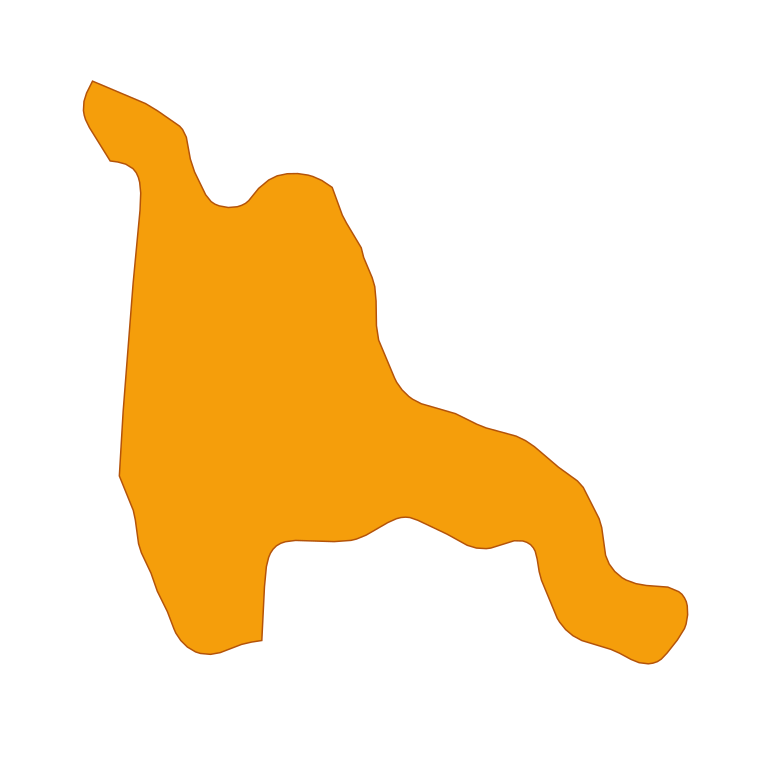 El Peñón, Barahona, Dominican Republic, rotated 274°
{"feature_id": "3306468B33115506281893", "entity_name": "El Peñón", "entity_type": "district", "adm_level": 2, "iso_a3": "DOM", "parent_name": "Dominican Republic", "parent_adm1": "Barahona", "projection": "robinson", "projection_center": [-71.192, 18.291], "detail": "fine", "context": "isolated", "style": "filled", "palette": "amber", "viewbox_px": 768, "rotation_deg": 274, "n_neighbors": 0, "source": "geoboundaries", "source_scale": "gbopen_adm2", "svg_char_len": 1999}
<svg xmlns="http://www.w3.org/2000/svg" viewBox="0 0 768 768"><g transform="rotate(274 384 384)"><path d="M273.8,126.4L240.5,142.7L231.1,145.4L207.5,150.3L198.8,153.7L179.0,164.8L161.5,172.3L141.8,183.8L125.2,191.5L121.0,193.7L113.9,199.2L107.9,206.2L103.6,214.7L102.4,219.7L102.2,229.8L104.6,239.3L114.3,260.1L117.3,269.8L119.6,280.0L173.4,278.9L193.6,279.4L202.9,281.0L207.3,282.5L211.4,284.8L215.1,288.0L217.9,292.1L219.8,296.7L221.8,306.7L223.3,345.3L225.7,362.0L227.4,367.3L232.0,376.7L246.0,397.4L250.5,405.8L252.0,410.2L252.7,414.9L252.6,419.2L250.4,427.3L238.6,457.4L228.9,478.3L226.8,487.6L226.9,497.4L227.8,502.0L236.7,524.8L237.1,533.4L236.0,537.6L234.0,541.4L231.0,544.4L227.7,546.5L220.1,549.0L207.6,551.9L199.2,554.8L162.3,573.2L158.6,575.9L151.7,582.3L146.1,590.0L141.9,599.2L135.1,628.9L131.9,637.7L126.5,649.6L123.8,657.9L123.3,667.2L124.3,671.8L126.1,676.1L128.9,679.8L135.3,685.1L149.1,694.5L161.0,700.8L165.6,702.1L174.9,703.0L183.8,702.0L188.0,700.7L191.7,698.6L195.0,695.9L197.4,692.5L201.2,681.3L201.3,659.8L202.4,649.3L205.3,639.3L207.4,634.9L213.1,627.2L220.1,621.2L228.5,617.0L256.0,611.2L264.6,608.0L294.7,590.0L300.8,583.7L313.2,563.8L331.9,538.5L337.3,529.3L341.2,519.5L347.3,488.9L350.3,479.5L359.4,457.4L366.9,422.6L370.8,413.6L373.3,409.6L379.4,402.4L386.6,396.5L390.7,394.1L427.4,375.6L441.6,372.4L466.2,370.3L480.5,368.0L489.2,364.8L508.8,354.9L518.3,351.8L542.0,335.3L549.6,330.6L576.5,318.6L582.7,307.8L586.0,298.7L587.1,293.7L587.9,283.2L587.0,272.8L584.2,262.9L579.5,254.8L570.4,245.3L557.4,236.2L554.5,233.2L552.3,229.5L550.6,225.3L549.2,216.4L550.2,207.2L551.6,202.8L553.9,198.8L560.3,192.9L582.4,180.2L594.9,175.1L616.4,169.6L623.8,165.3L626.9,162.2L640.6,139.2L647.1,126.6L665.8,72.1L653.5,67.0L645.0,65.0L635.8,65.1L631.2,66.2L627.0,67.8L619.2,72.3L587.4,95.3L586.9,102.9L585.3,111.0L581.3,118.6L577.5,122.1L573.1,124.5L568.1,126.2L557.5,128.0L540.2,128.5L466.6,126.7L338.3,125.7L273.8,126.4Z" fill="#f59e0b" stroke="#b45309" stroke-width="1.5"/></g></svg>